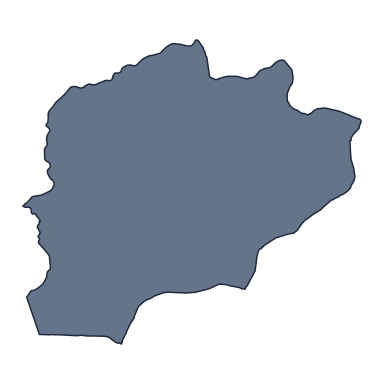 Zacapa, Zacapa, Guatemala (Mercator projection)
{"feature_id": "79465075B10782882700872", "entity_name": "Zacapa", "entity_type": "district", "adm_level": 2, "iso_a3": "GTM", "parent_name": "Guatemala", "parent_adm1": "Zacapa", "projection": "mercator", "projection_center": [-89.497, 14.973], "detail": "fine", "context": "isolated", "style": "filled", "palette": "slate", "viewbox_px": 384, "rotation_deg": 0, "n_neighbors": 0, "source": "geoboundaries", "source_scale": "gbopen_adm2", "svg_char_len": 5035}
<svg xmlns="http://www.w3.org/2000/svg" viewBox="0 0 384 384"><path d="M121.3,344.0L122.3,342.1L122.2,340.6L126.4,332.7L126.3,332.0L130.6,323.2L134.0,318.3L134.1,316.8L138.3,306.7L143.3,302.1L147.1,299.5L150.1,298.7L155.0,295.7L163.2,292.8L167.9,292.2L186.4,293.0L195.2,292.3L208.7,288.9L219.3,284.1L227.7,284.8L228.5,285.5L239.4,287.6L242.0,288.9L245.3,289.0L245.7,287.4L247.2,285.8L255.2,270.6L256.8,257.3L258.1,251.6L259.6,249.2L261.0,248.7L264.9,244.9L273.4,239.5L275.9,237.9L288.0,234.1L293.8,233.1L297.2,230.3L298.0,229.3L301.5,224.1L305.7,219.5L306.4,219.5L308.7,217.8L313.1,214.3L314.8,213.4L320.7,209.7L322.8,207.5L331.5,200.0L332.9,199.8L336.0,197.8L337.8,197.3L341.2,194.8L342.2,194.8L345.2,192.9L348.4,190.4L350.7,187.5L351.0,185.9L354.2,180.3L354.9,176.3L353.7,168.3L351.0,159.2L350.5,151.9L349.9,141.1L351.1,140.3L351.0,139.4L351.2,137.6L353.1,134.6L359.1,128.2L359.5,125.6L360.7,123.1L361.0,120.5L359.8,119.1L357.6,118.6L339.8,111.4L325.3,108.0L317.6,108.7L314.0,110.4L311.2,113.3L307.6,114.8L304.3,113.5L301.7,113.3L299.8,112.1L296.5,109.8L294.1,109.1L291.3,106.9L289.6,105.3L289.5,104.2L287.7,101.6L287.1,98.7L287.4,93.1L289.9,86.7L292.3,83.3L293.1,77.8L291.8,69.8L284.4,60.7L282.9,60.0L280.5,60.4L279.0,60.6L275.3,62.8L271.4,66.7L269.5,67.7L264.8,68.5L259.9,70.6L255.8,75.6L253.5,77.4L249.1,78.1L248.2,78.7L245.7,78.7L237.1,76.4L227.8,76.3L223.1,77.3L216.0,79.8L210.3,77.3L209.5,76.1L206.8,57.3L205.8,55.8L204.8,51.6L203.5,49.5L203.4,48.0L198.4,40.8L197.2,40.0L195.7,40.1L194.8,41.7L194.3,42.7L193.7,43.6L193.0,44.4L191.8,45.4L190.6,46.0L189.7,46.1L188.9,46.1L187.9,46.1L186.7,45.9L185.8,45.7L183.8,45.2L182.0,44.7L180.6,44.3L174.8,43.8L173.9,43.6L173.0,43.6L172.2,43.8L171.2,44.2L169.7,44.9L167.7,46.2L166.0,47.4L164.5,48.8L163.1,50.3L161.7,51.7L160.6,52.7L159.5,53.3L158.4,53.7L153.1,55.2L151.2,55.5L149.0,55.9L147.8,56.4L146.1,57.2L143.9,58.3L142.3,59.5L139.7,62.1L139.1,62.7L138.3,63.3L136.9,64.9L136.4,65.3L135.5,65.6L134.6,65.7L133.5,65.7L132.4,65.5L131.0,65.1L129.8,65.0L128.9,65.1L128.0,65.1L127.2,65.3L126.4,65.6L125.7,65.9L124.6,66.5L123.8,67.0L123.0,67.6L122.4,68.2L122.0,68.9L121.7,69.7L121.4,70.3L121.0,71.2L120.5,71.8L119.9,72.4L118.7,73.1L117.7,73.1L116.9,73.0L115.7,73.0L114.9,73.2L114.3,73.7L113.7,74.4L113.3,75.2L113.0,76.0L112.7,77.0L112.5,77.9L112.2,79.0L111.7,79.6L110.8,80.4L110.1,80.6L109.4,80.6L108.7,80.5L107.5,80.4L106.8,80.4L105.7,80.4L104.6,80.7L102.0,82.0L100.1,82.6L99.1,83.0L98.0,83.5L96.9,84.0L96.1,84.4L95.3,84.6L94.4,84.8L93.2,84.8L92.5,84.8L91.5,84.6L90.8,84.3L89.0,84.0L88.2,84.3L86.9,84.9L85.4,85.8L83.4,87.3L81.9,88.0L81.1,88.0L80.3,87.9L79.4,87.8L78.3,87.4L76.9,87.0L75.6,86.6L74.3,86.5L73.0,86.6L72.2,86.6L71.5,86.9L70.4,87.6L69.4,88.6L68.5,89.8L67.4,91.2L65.7,93.3L61.0,97.8L58.1,100.4L56.5,101.8L55.5,102.9L53.9,105.4L52.2,107.5L50.3,109.6L49.1,111.1L48.4,113.0L48.2,114.0L48.2,115.1L48.2,116.1L48.2,117.5L48.2,118.7L48.2,119.4L48.1,120.1L48.0,121.3L47.7,122.6L47.1,123.5L46.3,124.3L46.0,125.2L46.4,126.1L46.9,126.5L47.7,127.2L48.2,127.6L49.1,128.4L49.6,129.3L49.7,130.5L49.4,131.8L49.0,132.5L48.3,133.4L47.6,134.7L47.2,135.6L46.8,136.9L46.6,137.8L46.6,138.9L46.6,140.2L46.8,141.1L47.1,142.2L47.1,143.0L47.2,144.5L47.0,145.4L46.1,146.7L45.5,147.4L45.0,148.2L44.6,149.0L44.4,150.1L44.5,151.9L44.6,156.0L44.6,157.5L44.7,158.6L45.0,159.7L45.5,160.2L46.1,160.9L47.1,161.5L48.1,162.0L48.8,162.3L49.8,163.8L50.3,164.7L50.3,166.0L50.2,167.0L49.8,167.8L49.1,168.5L48.3,169.1L47.6,170.4L47.4,171.4L47.4,172.3L47.7,173.2L48.6,175.5L49.2,176.5L50.5,178.7L51.3,179.5L52.2,180.0L53.0,180.6L54.3,184.1L52.1,189.1L50.6,190.7L41.8,195.0L32.3,196.6L27.7,202.0L24.9,203.9L23.0,206.3L24.0,206.5L24.7,207.1L24.9,207.2L25.2,207.3L25.9,207.3L27.9,207.2L29.1,207.3L29.6,207.5L30.5,208.4L31.2,209.2L31.3,209.4L31.3,210.5L31.3,211.2L31.3,212.0L31.4,212.5L31.5,212.9L32.4,213.8L32.8,214.0L33.3,213.9L33.8,213.8L34.3,213.7L34.8,213.6L35.1,213.8L35.6,214.4L36.5,216.0L36.9,216.6L37.3,216.9L37.8,217.3L38.1,217.5L38.4,218.2L39.0,219.0L39.2,219.4L39.5,219.8L39.9,220.5L40.1,220.8L40.3,220.9L40.0,221.3L39.8,221.5L39.6,221.6L39.4,221.7L39.1,221.8L39.2,222.1L39.4,222.2L39.7,222.4L39.8,222.5L39.3,223.1L39.2,223.6L39.0,224.0L38.6,224.4L38.2,224.8L37.8,225.5L37.4,226.9L37.4,227.9L37.8,228.3L38.2,228.6L38.6,228.9L38.7,229.5L38.6,230.1L39.3,230.8L39.8,231.7L40.4,232.6L39.6,233.3L39.3,234.7L39.1,235.4L38.4,235.6L38.1,236.5L38.8,237.8L39.5,239.2L39.4,239.9L39.1,240.4L38.8,240.9L38.6,241.2L38.5,241.7L38.5,242.1L38.7,242.5L38.8,242.9L39.0,243.2L39.0,243.6L39.6,244.2L40.6,245.3L41.1,245.8L41.6,246.4L41.9,246.8L42.4,247.3L42.8,247.9L43.3,248.4L44.1,249.1L45.4,250.8L47.1,252.7L49.3,255.8L50.5,268.2L50.3,268.9L47.3,272.0L46.8,275.9L47.0,276.3L43.1,283.9L39.7,286.7L37.4,288.4L34.2,290.4L31.8,290.5L30.6,291.3L26.7,297.3L39.4,334.5L43.3,334.6L46.2,334.6L47.8,334.8L51.1,334.6L56.2,334.8L60.2,334.8L69.2,335.3L77.9,335.7L80.3,335.2L87.9,336.0L93.0,336.0L103.2,336.2L105.7,336.4L108.9,337.2L112.8,340.3L116.1,342.5L117.9,343.1L119.8,343.1L121.3,344.0Z" fill="#64748b" stroke="#1e293b" stroke-width="1.5"/></svg>